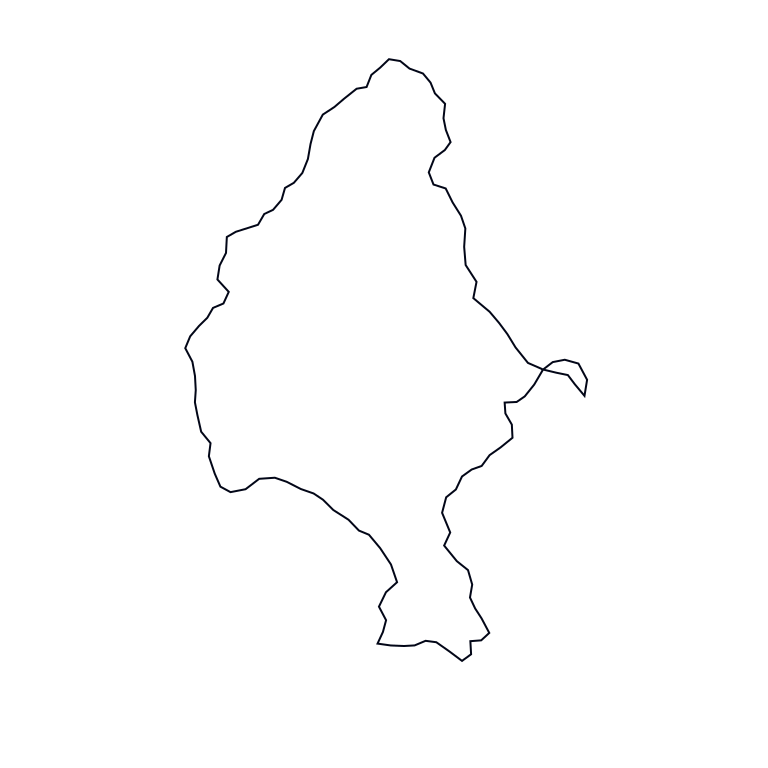 Senador Cortes, Minas Gerais, Brazil (Natural Earth projection), rotated 150°
{"feature_id": "56859067B45306296887702", "entity_name": "Senador Cortes", "entity_type": "district", "adm_level": 2, "iso_a3": "BRA", "parent_name": "Brazil", "parent_adm1": "Minas Gerais", "projection": "natural_earth1", "projection_center": [-42.912, -21.761], "detail": "fine", "context": "isolated", "style": "outline", "palette": "ink", "viewbox_px": 768, "rotation_deg": 150, "n_neighbors": 0, "source": "geoboundaries", "source_scale": "gbopen_adm2", "svg_char_len": 1751}
<svg xmlns="http://www.w3.org/2000/svg" viewBox="0 0 768 768"><g transform="rotate(150 384 384)"><path d="M417.3,115.8L416.7,132.2L417.3,144.0L416.3,156.1L407.9,166.2L404.3,180.8L409.5,194.1L412.7,214.0L400.9,222.3L398.1,243.4L386.8,254.8L374.5,256.7L362.7,264.9L350.8,266.1L340.4,264.2L328.1,269.6L314.7,270.8L299.6,273.2L293.6,284.9L293.6,297.8L288.8,307.6L278.1,302.1L268.3,302.9L254.2,308.4L239.0,317.0L248.8,330.3L251.8,349.9L252.2,365.5L253.8,379.3L256.4,393.7L263.7,413.7L252.8,426.2L253.8,446.2L246.0,462.7L235.8,478.0L233.2,491.2L233.8,506.9L232.8,522.5L241.4,532.0L239.4,544.9L227.1,554.7L214.3,556.2L205.4,560.2L203.4,573.1L199.6,584.4L191.0,596.1L194.6,610.2L193.0,621.7L195.0,633.4L204.2,644.4L208.5,655.6L217.3,662.8L229.1,659.9L240.4,658.0L250.6,649.9L260.1,653.4L276.1,651.0L288.4,648.7L302.3,647.9L318.3,638.1L327.6,628.6L337.4,616.9L349.2,607.6L361.5,603.3L371.7,603.3L380.6,594.7L393.0,590.3L402.7,591.1L413.5,584.9L436.2,589.9L446.6,589.9L455.3,576.5L467.1,568.8L476.0,557.8L472.4,541.4L482.8,534.0L494.0,535.4L503.9,529.7L515.1,526.8L528.0,522.2L538.2,514.4L538.8,499.1L543.7,485.4L550.1,472.8L556.9,462.7L561.1,450.5L566.2,434.1L563.8,419.5L571.8,409.0L575.4,391.0L577.0,376.9L571.0,367.1L556.5,362.1L539.5,364.3L525.4,357.4L517.2,348.0L508.5,334.6L499.7,324.4L494.7,314.3L490.9,300.2L482.6,284.2L479.0,269.6L472.4,261.0L469.4,243.8L468.2,224.2L471.8,205.8L486.4,202.7L499.7,193.7L500.3,178.4L508.9,169.8L519.4,162.4L508.9,154.2L497.7,147.1L488.2,142.3L476.4,140.8L467.8,134.2L460.9,119.3L454.9,105.2L443.7,106.4L437.8,118.1L428.0,113.4L417.3,115.8ZM239.0,317.0L229.1,307.6L220.3,299.8L218.9,288.5L216.3,273.5L206.0,286.1L205.4,304.5L215.3,314.6L226.9,318.6L239.0,317.0Z" fill="none" stroke="#020617" stroke-width="2"/></g></svg>